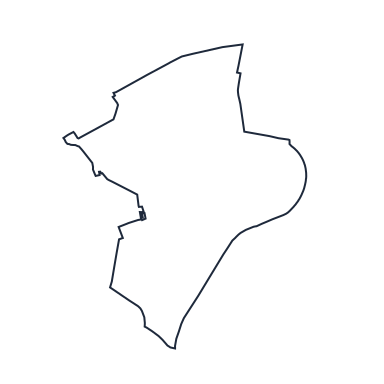 Al Azbakiyya, Al Qahirah, Egypt (Albers equal-area conic projection), rotated 149°
{"feature_id": "37247803B6267278220516", "entity_name": "Al Azbakiyya", "entity_type": "district", "adm_level": 2, "iso_a3": "EGY", "parent_name": "Egypt", "parent_adm1": "Al Qahirah", "projection": "albers", "projection_center": [31.246, 30.06], "detail": "fine", "context": "isolated", "style": "outline", "palette": "slate", "viewbox_px": 384, "rotation_deg": 149, "n_neighbors": 0, "source": "geoboundaries", "source_scale": "gbopen_adm2", "svg_char_len": 2872}
<svg xmlns="http://www.w3.org/2000/svg" viewBox="0 0 384 384"><g transform="rotate(149 192 192)"><path d="M208.2,317.4L208.3,316.5L208.4,314.3L209.2,314.3L211.0,314.3L210.3,306.6L210.5,305.7L210.6,304.7L217.3,298.5L221.9,294.7L222.7,294.7L223.4,294.8L236.1,295.3L259.6,296.3L261.6,296.3L262.3,297.2L262.4,302.8L262.6,303.6L262.7,304.5L267.9,304.8L269.6,304.8L271.4,304.7L274.4,304.5L274.2,302.6L274.3,301.5L274.3,301.2L274.5,299.9L274.0,297.4L272.5,296.2L271.7,295.0L270.8,294.3L269.5,293.4L267.8,292.3L266.5,290.4L266.0,289.8L265.4,289.2L264.9,286.5L264.6,285.0L264.6,284.7L264.3,282.8L262.5,268.3L263.9,264.5L264.7,263.2L265.3,262.3L265.8,259.1L266.1,257.2L266.3,255.4L262.5,254.1L262.0,255.2L261.3,257.2L260.2,256.7L260.1,254.5L259.2,254.3L258.1,247.2L258.1,246.9L257.6,245.9L257.1,245.0L255.2,242.1L245.2,226.0L240.3,218.0L244.9,207.7L245.2,206.6L243.8,205.9L242.4,205.2L243.6,200.0L244.9,200.5L245.6,200.7L247.0,201.7L249.1,196.3L247.3,195.6L245.9,199.3L245.3,199.1L243.6,198.3L245.5,193.1L249.3,193.6L249.3,194.5L252.7,195.8L261.2,197.8L262.6,198.1L264.0,198.3L272.9,199.8L275.0,188.2L278.9,189.0L287.8,178.8L296.4,168.8L306.9,156.5L311.4,152.4L301.5,131.0L297.0,121.8L296.2,118.8L296.2,117.3L296.2,115.8L297.4,109.2L299.9,104.0L301.0,102.3L301.9,101.0L300.7,99.1L297.8,93.0L294.8,85.7L293.4,80.5L292.1,73.0L291.3,71.5L290.6,69.9L287.1,66.6L286.6,67.4L285.9,68.7L281.0,74.3L275.1,79.2L269.2,84.4L263.9,88.1L240.1,99.8L221.9,109.4L197.2,122.4L190.9,125.4L182.4,129.6L178.5,130.4L177.2,130.8L176.3,131.0L173.8,131.6L172.7,131.7L171.7,131.9L165.3,131.8L157.1,130.5L155.4,129.9L154.3,129.4L153.3,129.3L148.6,128.8L143.1,128.0L137.1,127.2L129.2,125.8L127.4,125.5L125.7,125.2L122.6,124.9L120.4,125.0L117.9,125.5L113.6,126.7L112.5,127.0L111.7,127.3L110.9,127.6L110.1,127.8L109.3,128.1L108.5,128.5L107.7,128.8L106.9,129.1L106.1,129.5L105.3,129.8L104.6,130.3L103.8,130.6L103.0,131.0L102.3,131.5L101.5,131.9L100.8,132.4L100.1,132.8L99.4,133.3L98.7,133.8L98.0,134.3L97.3,134.8L96.6,135.3L95.9,135.8L95.2,136.4L94.6,136.9L93.9,137.5L93.3,138.1L92.7,138.7L92.1,139.3L91.5,139.9L90.9,140.5L90.3,141.2L89.7,141.8L89.2,142.4L88.6,143.1L88.1,143.8L87.6,144.5L87.0,145.1L86.5,145.9L86.0,146.6L84.3,149.6L82.6,153.4L82.2,154.5L81.8,155.7L81.4,156.9L81.2,158.2L80.9,159.3L80.7,160.6L80.5,161.8L80.4,163.1L80.3,164.3L80.3,165.6L80.3,166.8L80.3,168.0L80.4,169.3L80.5,170.5L80.7,171.8L80.9,173.1L81.2,174.2L81.5,175.4L81.8,176.6L82.1,177.3L82.2,177.8L82.7,179.0L83.1,180.1L83.7,182.9L82.8,184.3L82.1,185.5L81.7,186.4L82.3,187.2L90.2,193.6L96.7,199.9L116.1,216.8L105.2,242.6L103.6,247.4L103.1,249.1L102.5,250.9L101.2,253.8L100.2,255.7L98.8,257.5L95.5,261.5L89.3,268.7L90.6,270.0L91.9,271.2L87.1,276.3L72.6,292.4L91.3,300.5L120.3,310.1L130.9,313.4L134.9,313.7L144.0,314.3L144.8,314.3L145.7,314.3L170.4,315.5L205.7,316.7L208.2,317.4Z" fill="none" stroke="#1e293b" stroke-width="2"/></g></svg>